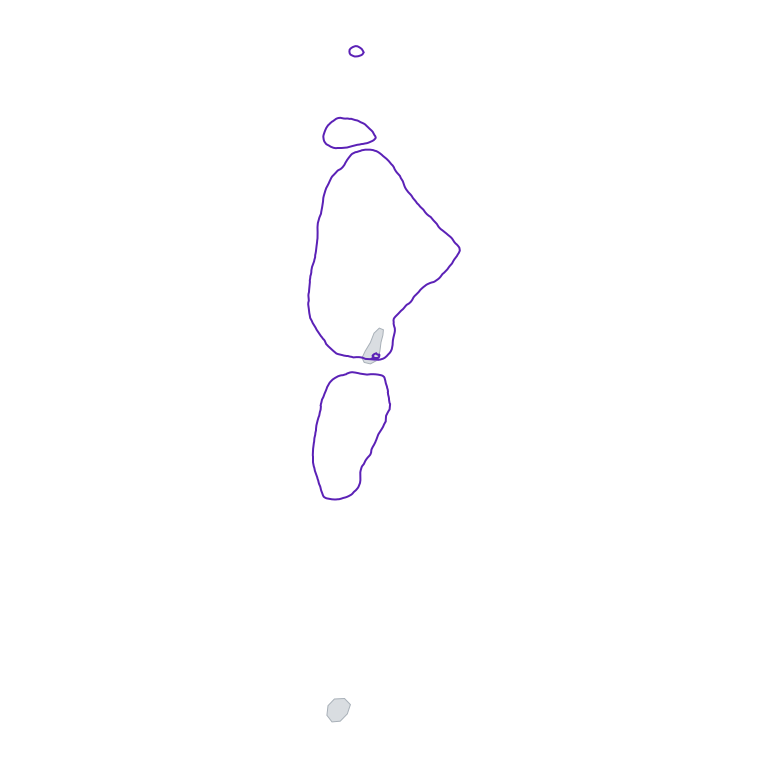 location of Male', Maldives
{"feature_id": "70690204B31972615950169", "entity_name": "Male'", "entity_type": "district", "adm_level": 2, "iso_a3": "MDV", "parent_name": "Maldives", "parent_adm1": "", "projection": "orthographic", "projection_center": [73.47, 4.391], "detail": "fine", "context": "in_parent", "style": "outline", "palette": "violet", "viewbox_px": 768, "rotation_deg": 0, "n_neighbors": 0, "source": "geoboundaries", "source_scale": "gbopen_adm2", "svg_char_len": 6411}
<svg xmlns="http://www.w3.org/2000/svg" viewBox="0 0 768 768"><path d="M377.1,360.3L370.4,363.9L364.2,362.4L362.0,357.9L365.2,351.1L370.4,342.5L374.0,333.2L379.3,328.1L383.4,329.8L382.9,335.1L381.0,342.3L379.8,351.6L377.1,360.3ZM340.2,721.2L332.0,721.9L326.9,715.3L328.0,705.7L334.4,699.0L344.5,698.5L350.4,704.6L347.3,713.9L340.2,721.2Z" fill="#d9dde1" stroke="#a8b0b8" stroke-width="1"/><path d="M458.8,252.9L459.8,250.7L459.7,249.7L459.4,247.9L458.9,247.0L457.8,245.6L456.6,244.3L455.7,243.6L454.3,242.0L452.3,238.9L451.3,237.7L450.1,236.6L448.1,235.0L446.4,233.5L445.0,232.4L442.4,230.3L441.1,229.4L439.8,228.2L438.5,226.7L436.8,223.9L433.4,220.3L430.7,217.0L428.7,215.7L426.9,214.2L425.2,212.3L423.4,209.7L420.2,206.7L418.6,204.7L417.0,203.2L416.0,201.7L414.8,200.2L413.9,199.2L412.7,197.7L412.0,196.4L410.8,194.8L408.3,192.2L406.2,189.4L405.2,187.7L404.6,186.4L404.1,185.0L403.2,182.3L402.8,181.2L400.8,178.0L399.9,175.9L398.2,174.0L397.0,172.7L396.0,171.4L395.0,169.8L394.3,168.5L394.0,167.5L392.6,165.4L391.5,164.4L388.8,161.1L386.5,158.8L382.8,155.8L381.8,154.8L379.5,153.0L378.0,152.0L376.3,151.1L375.0,150.8L373.1,150.1L370.3,149.7L365.2,149.7L361.7,150.3L360.4,150.9L359.2,151.2L356.8,152.0L355.4,152.2L352.2,153.8L351.1,154.8L348.7,157.8L346.9,160.3L346.3,161.4L345.5,162.6L345.1,163.5L344.3,165.0L342.7,167.1L341.6,168.2L340.5,169.1L338.1,170.3L337.2,171.1L335.7,172.8L333.6,175.0L332.2,176.4L331.3,177.8L329.3,182.0L328.8,183.2L327.1,186.5L326.3,187.9L325.4,190.4L323.8,195.8L323.3,198.0L323.0,201.7L322.1,207.4L321.2,212.1L321.0,213.7L319.4,217.5L317.9,222.9L317.8,223.6L317.5,227.2L317.6,232.4L317.5,238.3L317.2,240.5L317.0,242.7L316.6,245.6L315.9,251.6L315.5,253.8L315.2,255.0L315.1,257.3L314.4,259.7L314.1,261.3L312.0,267.0L311.7,268.8L311.4,270.2L311.3,272.4L310.9,274.5L310.4,276.0L310.2,278.1L309.8,280.4L309.9,282.0L309.1,290.1L309.0,292.0L308.5,294.0L308.4,295.5L308.5,296.8L308.7,298.9L308.8,300.8L308.3,302.6L308.2,304.3L308.5,306.6L308.8,308.7L309.3,313.1L309.8,315.6L310.2,318.0L311.7,320.7L312.7,323.0L315.6,327.7L316.6,329.7L321.0,336.2L321.9,337.2L323.0,338.8L323.9,339.6L324.7,340.7L326.2,344.1L327.1,345.0L328.3,346.3L333.2,350.8L336.4,353.5L338.1,354.1L342.3,355.1L344.4,355.7L344.9,355.7L346.5,356.0L347.9,356.0L349.2,356.4L350.5,356.7L351.4,356.8L353.4,357.4L356.7,357.1L358.8,357.1L361.0,357.4L362.5,357.7L365.4,358.9L370.2,359.2L374.8,359.6L376.4,359.5L378.3,359.8L380.4,359.5L383.0,358.7L384.7,357.8L386.7,356.1L388.4,354.2L389.7,352.9L390.8,351.3L391.8,349.1L392.6,344.9L392.7,342.7L392.9,340.4L393.4,337.7L394.6,332.7L394.9,330.9L394.8,328.2L394.1,326.1L393.6,323.7L393.7,322.3L393.5,320.2L393.9,318.5L395.3,316.7L398.4,313.6L401.1,310.7L403.0,309.1L404.3,307.6L405.4,306.2L406.7,304.8L409.1,303.4L410.9,301.7L412.2,299.9L413.5,297.4L414.7,295.9L415.9,294.8L418.7,292.0L420.4,289.8L422.1,288.2L423.6,286.9L424.7,286.1L425.8,285.2L427.2,284.3L430.1,283.0L431.6,282.5L433.7,282.0L435.0,281.3L436.4,280.3L438.0,279.2L439.2,278.2L440.4,276.9L442.5,274.0L443.9,272.9L445.0,271.8L447.4,269.3L448.5,267.7L449.6,266.2L452.0,263.5L453.5,260.7L454.4,259.3L457.0,255.9L457.6,254.7L458.8,252.9ZM377.0,358.0L374.1,358.0L373.2,357.8L373.4,357.7L373.6,357.4L373.4,356.6L373.3,356.8L373.0,356.8L372.8,356.4L372.6,355.8L373.3,354.8L374.3,354.1L376.2,353.3L377.1,354.3L377.7,354.6L378.2,354.8L378.9,354.6L379.2,354.6L379.4,354.9L379.4,355.3L379.1,356.8L378.8,357.3L378.0,357.8L377.0,358.0ZM389.9,406.2L390.0,405.2L390.1,404.0L389.6,403.1L389.4,402.1L389.0,399.5L389.0,398.5L388.7,396.9L388.1,394.5L388.0,393.6L388.0,393.0L387.8,392.4L388.0,391.6L387.7,389.5L387.1,387.7L387.0,386.8L385.8,383.2L385.3,380.7L384.5,377.8L384.1,377.0L382.8,375.9L381.7,375.4L380.0,375.0L377.9,374.6L375.3,374.3L373.2,374.2L370.8,374.2L367.0,374.6L360.0,373.6L358.5,373.2L355.4,372.6L352.4,372.2L351.0,372.3L349.6,372.6L347.8,373.3L347.4,373.3L346.2,374.2L345.0,374.5L342.8,375.2L341.3,375.3L340.0,375.6L338.0,376.3L335.1,377.9L332.7,379.5L330.6,381.6L329.6,382.8L329.0,383.8L328.4,384.9L327.1,387.2L326.7,388.5L325.8,390.8L324.9,392.9L324.5,393.8L323.9,395.5L323.3,397.1L322.0,399.6L321.3,402.8L320.9,404.0L320.8,405.1L320.6,405.5L320.9,406.5L320.6,409.7L319.9,412.0L319.2,415.7L318.5,417.4L317.6,420.5L316.4,425.4L316.0,428.9L316.0,430.3L315.4,432.8L315.2,434.8L314.4,438.2L314.1,441.9L313.9,442.6L313.1,448.8L312.8,455.2L313.0,456.6L313.0,457.4L313.0,462.3L313.3,463.9L313.8,466.4L314.3,467.8L314.9,470.8L315.5,472.5L317.3,477.6L317.5,478.6L318.2,480.5L318.5,481.8L318.7,482.7L319.1,484.0L320.2,486.5L320.6,488.1L321.0,489.9L321.4,491.1L322.0,492.6L323.0,495.4L323.7,496.7L324.5,497.3L325.7,498.0L326.9,498.4L328.6,498.7L331.9,499.3L335.0,499.5L336.7,499.4L337.3,499.3L339.1,499.2L341.4,498.6L343.1,498.0L345.5,497.4L346.9,496.9L348.7,496.1L351.2,494.7L352.3,493.8L353.9,491.9L355.9,490.2L357.7,488.1L358.5,486.8L360.0,483.0L360.4,480.1L360.3,472.3L360.7,470.3L361.6,467.2L362.0,466.4L362.3,465.9L363.8,464.1L365.4,460.7L366.0,459.8L366.7,458.8L367.9,457.3L368.7,456.5L370.0,455.0L370.4,454.4L371.1,452.5L371.4,449.9L371.8,448.8L372.8,446.8L374.0,444.8L375.4,442.0L375.8,440.9L376.3,439.8L378.1,434.9L378.6,433.9L382.0,428.6L383.1,426.7L384.1,424.3L384.7,423.3L385.1,422.4L385.7,421.6L386.0,416.6L386.2,415.4L386.8,414.5L387.1,413.7L388.5,411.1L389.6,409.4L389.9,406.2ZM375.6,137.1L375.1,135.9L374.5,135.2L374.3,134.8L372.7,131.8L371.6,130.6L369.3,128.5L368.0,127.2L366.5,125.8L365.2,124.5L363.8,123.6L362.3,122.9L360.6,122.2L358.7,121.1L357.4,120.5L355.0,120.0L351.2,118.8L349.5,118.9L347.7,118.5L345.3,118.6L343.8,118.5L340.3,117.8L338.4,118.0L337.1,118.4L336.0,118.9L334.0,120.4L332.9,121.2L331.8,121.8L331.2,122.4L330.4,123.0L329.1,124.4L328.5,124.8L327.7,125.8L326.3,127.9L325.3,130.1L324.6,131.9L323.9,134.0L323.5,135.3L323.3,136.7L323.7,139.6L324.2,141.2L324.6,141.9L325.9,143.7L326.4,144.2L327.4,144.8L328.8,145.5L330.7,146.7L333.5,147.8L335.9,148.2L337.4,148.0L341.3,148.0L342.7,147.9L347.1,147.5L352.2,146.1L357.3,144.8L359.7,144.5L361.2,144.1L363.2,143.9L364.9,143.5L366.8,143.2L368.1,142.8L369.8,142.1L371.1,141.5L372.3,141.0L373.8,140.1L374.5,139.3L375.2,138.7L375.7,137.8L375.6,137.1ZM363.7,52.4L363.1,51.2L361.9,49.2L360.6,48.1L359.2,47.2L357.5,46.3L355.6,46.1L354.5,46.4L352.5,47.2L350.6,48.5L349.6,49.8L349.4,51.6L349.7,53.3L350.5,54.6L351.6,55.2L353.5,56.1L354.8,56.5L356.8,56.4L358.3,56.2L359.8,55.7L361.4,55.1L362.5,54.3L363.7,52.4Z" fill="none" stroke="#5b21b6" stroke-width="2"/></svg>